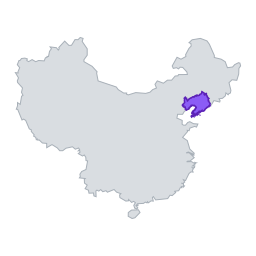 Liaoning on a map of China (orthographic projection)
{"feature_id": "CHN-1813", "entity_name": "Liaoning", "entity_type": "Province", "adm_level": 1, "iso_a3": "CHN", "parent_name": "China", "parent_adm1": "", "projection": "orthographic", "projection_center": [122.279, 41.097], "detail": "fine", "context": "in_parent", "style": "filled", "palette": "violet", "viewbox_px": 256, "rotation_deg": 0, "n_neighbors": 0, "source": "natural_earth", "source_scale": "10m", "svg_char_len": 8339}
<svg xmlns="http://www.w3.org/2000/svg" viewBox="0 0 256 256"><path d="M125.9,201.1L119.9,197.6L119.6,194.9L120.9,193.7L116.5,192.1L114.1,189.5L107.4,192.2L106.0,190.7L102.8,191.7L100.7,189.6L98.8,191.1L96.9,190.1L95.9,191.0L96.1,196.7L93.9,195.9L93.5,193.0L89.0,193.2L88.4,190.2L85.1,188.7L87.2,185.1L84.5,183.1L84.3,179.3L85.2,178.5L79.4,177.9L80.3,176.5L79.9,174.2L81.7,171.5L86.0,169.5L87.6,160.9L86.0,160.6L85.8,157.3L84.3,155.0L82.5,156.0L78.3,153.6L80.0,152.2L79.7,150.6L78.3,150.8L79.6,149.5L78.5,148.0L75.3,149.2L72.5,146.8L66.0,148.2L62.7,150.7L59.7,150.7L57.3,147.9L52.0,144.6L46.7,147.7L46.7,143.4L42.4,143.0L39.0,139.8L37.9,140.3L37.2,138.9L36.3,139.7L35.7,137.3L33.6,136.1L34.2,134.8L31.3,131.5L31.3,129.8L29.3,128.9L25.7,120.4L23.6,119.1L22.0,120.0L17.7,109.4L16.3,109.2L17.5,106.0L17.5,102.6L20.2,104.4L21.6,96.2L23.0,95.3L21.5,92.3L22.5,87.9L17.6,82.5L17.3,80.9L18.5,77.9L15.4,72.6L18.1,73.0L18.0,71.6L19.7,67.7L17.3,64.7L19.0,60.5L20.1,60.4L21.5,58.5L24.9,58.1L27.3,58.9L26.8,60.6L28.7,61.6L32.1,59.6L35.7,61.7L38.6,60.5L44.2,60.9L45.4,57.8L47.0,57.5L47.0,56.4L48.5,56.5L49.5,51.4L51.4,48.7L50.1,46.9L56.4,47.7L58.3,50.1L59.2,48.8L58.8,47.5L64.7,41.1L68.9,45.4L71.5,45.3L75.0,39.6L78.0,39.7L80.2,37.5L83.1,38.4L82.2,41.5L87.2,48.8L87.2,55.2L83.9,59.8L84.0,61.7L92.1,66.3L97.1,71.8L96.6,73.0L98.1,80.9L116.3,87.0L118.2,89.6L123.6,93.0L126.7,93.0L126.5,94.2L128.2,94.9L135.7,92.6L145.7,93.4L150.0,92.2L152.7,89.6L156.5,88.0L155.0,84.3L157.3,80.9L163.4,83.2L167.4,80.2L171.6,80.2L175.2,76.0L178.0,75.8L178.5,74.6L187.4,74.5L186.9,72.0L182.7,67.4L180.1,67.2L178.5,68.9L176.5,67.7L173.3,68.4L172.2,66.0L177.0,57.3L181.0,59.2L185.9,56.5L185.6,54.7L188.9,48.5L191.2,46.0L190.9,43.5L189.0,42.7L192.1,39.8L200.4,38.4L207.0,40.9L209.4,44.3L214.3,55.4L214.3,57.5L221.2,59.2L225.2,61.7L227.4,67.7L232.6,67.0L234.7,64.6L238.5,62.7L239.9,63.1L240.6,65.9L238.9,68.4L238.7,74.1L236.8,80.3L232.0,79.8L229.0,82.7L230.9,90.4L230.4,93.0L228.0,94.2L228.5,95.1L225.9,92.9L225.3,95.9L222.5,98.3L219.0,98.8L220.1,100.8L219.7,102.0L213.9,100.6L211.2,105.1L206.8,107.6L204.3,110.5L198.5,112.3L191.6,116.9L191.3,115.9L193.7,114.9L194.3,113.5L192.1,113.5L192.0,112.6L196.1,107.5L194.4,105.0L191.8,105.4L188.9,108.9L184.4,111.3L182.6,114.3L177.6,114.3L176.9,118.1L182.2,120.4L182.1,124.2L183.5,125.2L185.5,125.2L187.7,122.5L189.8,121.7L193.5,123.7L197.9,124.0L196.5,127.1L194.7,126.4L189.9,128.1L189.1,130.7L187.2,130.3L187.6,131.5L182.6,137.4L187.3,140.6L189.8,149.1L194.2,153.2L193.9,154.3L188.3,152.0L186.1,152.9L189.1,152.7L194.2,157.6L189.9,161.1L187.8,161.1L186.6,161.8L191.5,161.6L195.3,163.9L192.6,165.9L194.8,165.9L194.5,167.7L192.3,167.7L193.4,168.7L192.4,170.3L193.1,172.1L190.9,171.9L189.0,173.5L185.5,180.6L183.4,179.7L184.7,182.1L182.7,183.5L181.2,183.1L183.5,183.8L183.4,186.9L181.3,186.5L181.8,187.7L180.3,187.7L178.7,190.7L174.7,191.3L175.7,192.5L172.2,195.6L170.0,195.2L167.7,198.6L155.6,199.9L153.4,196.6L152.4,197.5L153.3,201.1L151.0,200.9L148.4,202.8L147.4,201.7L147.0,202.9L145.3,202.1L143.5,203.4L137.6,203.7L136.2,205.5L137.8,207.9L136.9,208.8L134.7,208.2L133.8,205.3L135.4,202.7L133.7,201.4L131.6,202.4L128.6,199.5L128.5,200.8L125.9,201.1ZM138.4,209.8L140.0,212.5L134.9,217.8L132.1,218.5L128.2,216.3L128.3,212.5L131.5,210.1L138.4,209.8ZM194.3,155.4L192.8,155.0L191.4,153.7L192.5,153.9L194.3,155.4ZM196.2,162.8L195.0,163.1L194.8,162.4L196.2,162.8ZM184.5,185.9L183.8,186.7L183.9,185.7L184.5,185.9ZM136.9,205.3L138.1,205.0L138.0,205.6L136.9,205.3Z" fill="#d9dde1" stroke="#a8b0b8" stroke-width="1"/><path d="M210.0,105.3L209.8,105.6L210.0,105.8L209.7,105.9L209.4,106.1L209.1,106.2L209.0,106.4L208.9,106.4L208.9,106.6L208.4,106.5L207.3,107.2L207.3,107.3L207.4,107.5L207.0,107.6L206.8,107.5L206.5,107.9L206.2,108.1L206.1,108.4L205.8,108.5L205.5,108.7L205.5,108.9L204.7,109.6L204.7,110.0L204.5,110.5L203.7,111.0L203.6,110.9L203.5,111.0L203.2,111.1L202.8,111.1L202.5,111.0L202.3,111.1L202.1,111.1L201.8,110.8L201.8,110.6L201.7,110.7L201.6,111.3L201.4,111.3L201.3,111.2L200.9,111.6L200.9,111.1L200.8,111.3L200.5,111.4L200.3,111.2L200.2,111.2L200.3,111.5L200.0,111.5L200.3,111.7L200.1,111.9L199.7,112.0L199.6,111.8L199.4,111.9L199.2,111.9L199.1,112.0L199.0,112.3L198.9,112.2L198.6,112.3L198.6,112.2L198.3,112.5L197.9,112.8L197.7,112.7L197.5,113.0L197.4,112.9L197.3,113.1L197.0,113.3L196.7,113.3L196.3,113.7L196.2,113.8L196.1,114.0L195.5,114.5L195.7,114.8L195.3,115.0L195.2,115.2L194.8,115.3L194.7,115.3L194.7,115.5L194.3,115.3L194.6,115.6L194.5,115.8L194.4,115.8L194.3,115.7L194.1,115.4L193.9,115.4L194.0,115.5L193.7,115.5L193.3,115.8L193.8,116.0L193.8,116.3L193.7,116.2L193.6,116.3L193.2,116.3L192.9,116.5L192.3,116.5L192.1,116.6L191.9,116.6L191.6,117.0L191.4,116.7L191.5,116.6L191.4,116.3L191.5,116.1L191.3,116.0L191.4,115.8L191.6,115.7L191.8,115.8L192.1,115.7L192.3,115.7L192.3,115.4L192.5,115.3L192.8,115.4L193.7,115.1L193.8,114.9L193.7,114.8L193.6,114.6L193.4,114.5L193.4,114.4L193.5,114.3L193.4,114.1L193.5,114.1L194.0,113.9L194.2,113.5L194.4,113.6L194.8,113.4L194.4,113.5L193.9,113.4L193.9,113.5L193.1,113.6L193.0,113.4L192.8,113.0L192.7,112.8L192.4,112.7L192.2,112.8L191.9,112.8L191.9,112.7L192.2,112.3L192.8,112.2L193.0,112.0L193.2,111.9L192.8,111.5L193.0,111.4L192.9,111.2L193.1,111.1L193.2,110.9L193.5,110.9L193.6,110.7L193.8,110.6L194.1,110.6L194.3,110.4L194.6,110.2L194.4,110.1L194.6,110.0L194.8,109.8L194.8,109.7L195.1,109.5L195.1,109.4L195.0,109.2L195.4,109.0L195.5,108.8L195.5,108.5L195.9,108.2L195.9,107.9L196.1,107.9L196.2,107.7L196.3,107.5L196.2,107.3L196.0,107.1L195.7,107.0L195.6,106.9L195.8,106.7L195.7,106.5L195.3,106.2L194.5,105.8L194.4,105.1L194.5,105.0L194.6,104.9L194.2,105.2L194.2,105.3L194.0,105.7L193.4,105.7L193.1,105.5L192.9,105.5L192.8,105.3L192.5,105.2L192.3,105.4L192.2,105.4L192.0,105.2L191.8,105.2L191.4,105.6L191.3,105.8L191.2,105.9L191.0,105.7L190.9,105.9L190.9,106.0L191.0,106.2L191.1,106.3L190.9,106.4L190.8,106.5L190.3,106.6L190.2,106.9L189.7,107.4L189.6,107.6L189.4,107.6L189.4,107.9L189.2,108.0L189.3,108.1L189.0,108.4L189.0,108.8L188.8,109.0L188.7,109.1L188.2,109.1L188.0,109.3L186.7,109.8L186.5,110.1L186.3,110.1L186.2,109.9L185.9,109.7L185.9,109.0L185.7,108.9L185.4,108.9L185.5,108.6L185.2,108.0L185.3,107.5L185.2,107.1L184.1,107.2L183.9,107.0L183.7,106.7L183.7,106.2L183.4,106.4L183.2,106.5L182.4,105.5L182.6,104.8L182.9,104.9L183.0,104.7L182.7,104.4L182.8,104.3L183.2,104.2L183.7,103.7L183.9,103.4L184.0,103.2L184.5,102.7L184.7,102.2L184.6,101.9L184.5,101.4L184.4,101.1L184.4,100.5L184.4,100.2L184.5,100.0L184.5,99.5L184.7,99.2L184.7,98.9L184.5,98.7L184.2,98.3L184.3,98.1L184.6,97.8L185.1,97.6L185.3,97.2L185.6,97.5L185.7,97.8L185.8,98.1L186.6,98.3L186.6,98.5L186.4,98.6L186.7,99.1L186.7,99.4L187.0,99.6L187.1,99.9L187.3,100.2L187.3,100.9L187.5,101.0L187.6,100.9L187.7,100.5L188.2,100.1L188.5,99.7L189.0,99.3L189.1,99.0L189.1,98.8L189.2,98.7L189.7,98.6L190.1,98.3L190.8,97.9L191.0,98.1L192.7,96.8L193.4,96.7L193.5,96.7L193.7,97.1L194.0,97.1L194.2,96.9L194.6,96.6L194.9,95.9L195.3,95.7L195.9,95.9L196.2,96.1L196.7,96.0L196.8,95.9L196.5,95.2L197.0,95.0L198.1,95.6L198.6,95.5L198.9,95.3L199.3,95.3L199.6,95.1L199.7,94.5L200.0,94.2L200.4,94.1L201.4,93.7L201.6,93.2L201.7,92.4L201.7,92.2L201.9,91.6L202.1,91.7L203.0,92.5L203.3,92.5L203.5,92.7L204.0,92.9L204.1,93.3L204.5,93.6L204.4,94.1L204.6,94.4L204.4,94.6L204.7,94.7L204.8,94.9L205.4,94.3L205.6,94.1L205.6,93.8L205.9,93.5L206.3,93.4L206.4,93.5L206.3,94.8L206.4,95.0L206.6,95.1L206.8,95.5L206.7,95.8L206.9,95.9L207.1,96.1L207.3,96.2L207.3,96.7L207.7,97.2L207.7,97.3L207.6,97.5L208.1,97.7L208.1,98.1L208.2,98.4L208.5,98.4L208.9,98.5L208.6,99.0L208.4,99.4L208.2,99.6L208.2,99.8L208.2,100.2L208.3,100.7L208.3,101.0L208.5,101.1L208.8,101.0L208.9,101.5L209.3,102.4L209.6,102.8L209.7,103.1L210.1,103.3L210.1,103.6L210.2,103.8L210.1,104.0L209.9,104.6L209.5,105.1L210.0,105.2L210.0,105.3ZM192.7,113.0L192.8,113.1L192.7,113.2L192.7,113.3L192.7,113.5L192.3,113.5L192.5,113.2L192.4,113.1L192.2,113.4L192.0,113.2L192.3,112.9L192.7,113.0ZM197.9,114.1L197.5,114.2L197.3,114.1L197.1,113.9L197.7,114.0L197.9,114.1ZM196.4,114.6L196.5,114.5L196.7,114.4L196.7,114.5L196.4,114.8L196.4,114.6ZM199.0,112.8L199.0,112.6L199.3,112.7L199.3,112.8L199.2,112.9L199.0,112.8ZM199.9,115.0L200.0,115.2L199.9,115.4L199.9,115.2L199.9,115.0ZM197.7,114.3L198.0,114.2L198.1,114.3L197.9,114.5L197.9,114.3L197.7,114.3Z" fill="#8b5cf6" stroke="#5b21b6" stroke-width="1.5"/></svg>